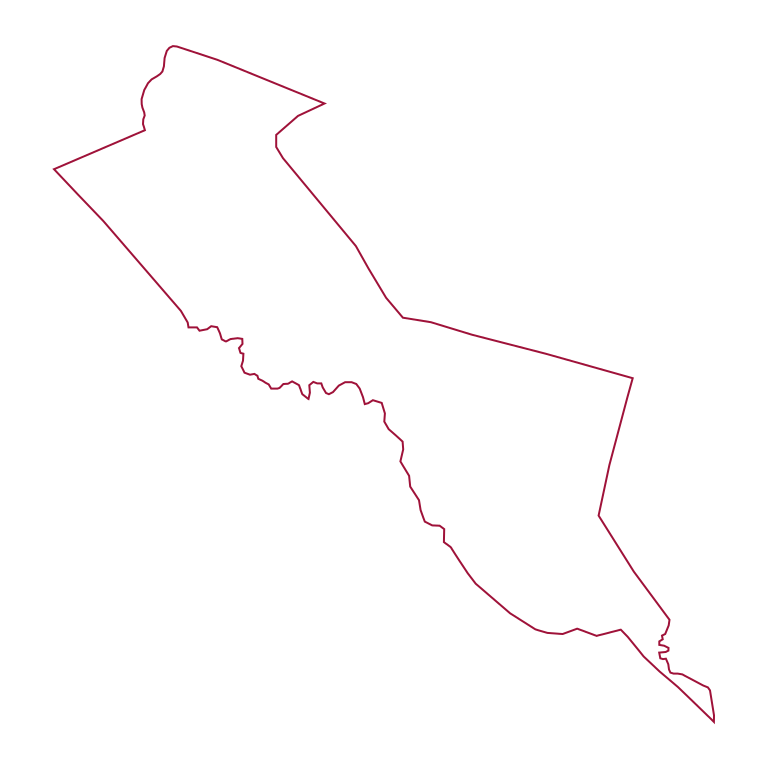 the district of Ar Rahad, Gedarif, Sudan
{"feature_id": "16777658B55257137653826", "entity_name": "Ar Rahad", "entity_type": "district", "adm_level": 2, "iso_a3": "SDN", "parent_name": "Sudan", "parent_adm1": "Gedarif", "projection": "mercator", "projection_center": [34.809, 13.193], "detail": "fine", "context": "isolated", "style": "outline", "palette": "rose", "viewbox_px": 768, "rotation_deg": 0, "n_neighbors": 0, "source": "geoboundaries", "source_scale": "gbopen_adm2", "svg_char_len": 3830}
<svg xmlns="http://www.w3.org/2000/svg" viewBox="0 0 768 768"><path d="M713.9,721.9L714.0,715.3L710.0,690.4L707.9,687.4L703.2,685.5L684.7,675.7L682.4,674.4L677.7,673.6L673.6,673.6L670.4,672.6L669.0,669.5L668.3,664.3L665.9,658.7L663.0,659.1L660.3,658.3L659.2,652.6L665.7,652.0L668.4,650.6L668.5,647.9L664.1,645.7L659.3,644.9L659.3,641.4L662.7,639.3L662.0,635.6L665.2,634.0L668.7,625.4L669.5,619.8L633.8,571.6L598.6,515.6L609.4,465.0L627.4,397.3L632.7,378.2L545.6,353.7L471.9,334.7L447.0,327.1L430.9,322.2L402.9,317.7L386.1,297.8L368.5,268.5L355.9,246.1L283.0,158.2L276.2,147.0L276.2,134.9L298.0,115.9L324.5,103.5L217.3,59.8L176.9,46.5L172.9,46.1L169.4,47.8L166.8,50.9L164.6,58.0L163.9,66.4L162.4,71.5L160.2,74.0L156.9,76.3L151.6,79.4L148.0,83.2L145.9,87.1L144.3,89.9L141.6,99.1L141.7,104.1L142.4,107.6L144.2,112.4L144.7,115.5L143.3,119.3L143.0,124.1L143.9,126.8L144.9,130.2L54.0,169.2L78.0,194.6L103.3,221.0L180.9,310.9L187.7,322.5L188.5,327.4L197.0,327.4L199.2,330.3L199.5,330.7L201.6,330.3L207.2,329.2L211.2,326.2L217.2,327.2L219.0,331.1L220.0,333.4L221.2,337.5L221.8,339.4L223.4,340.2L225.4,341.3L226.1,341.4L226.7,341.1L227.7,340.6L227.9,340.5L228.2,340.3L228.5,340.1L229.7,339.5L230.3,339.2L230.6,339.1L230.8,339.0L231.3,339.0L232.4,338.8L233.7,338.7L234.2,338.6L236.0,338.4L236.7,338.3L236.9,338.3L237.2,338.2L237.7,338.2L237.9,338.2L238.3,338.3L238.6,338.3L239.9,338.5L241.7,338.8L242.1,338.8L242.3,338.9L242.3,340.3L242.4,340.8L242.4,341.5L242.4,342.0L242.5,343.9L239.0,348.1L239.1,348.3L240.1,351.8L240.3,352.3L240.4,352.6L240.5,352.9L241.1,353.1L242.2,353.4L243.1,353.6L243.4,353.7L243.0,360.7L241.3,366.2L241.6,366.8L243.2,370.0L244.5,372.7L250.0,374.7L254.4,373.9L256.7,375.4L257.4,375.7L258.3,378.8L261.1,380.1L262.4,380.7L264.3,381.9L264.7,382.2L265.3,382.6L266.0,383.0L268.7,384.4L270.3,387.1L271.2,388.6L271.4,388.6L271.8,388.6L274.9,388.6L275.4,388.6L275.6,388.6L276.7,388.6L277.1,388.6L277.5,388.6L278.7,388.2L279.1,388.1L279.3,388.0L279.7,387.8L280.0,387.5L280.6,386.8L280.8,386.7L281.3,386.2L282.4,385.0L282.9,384.5L283.4,384.0L284.3,384.0L284.8,383.9L285.4,383.9L285.7,383.9L286.6,383.8L287.0,383.8L287.3,383.8L287.6,383.8L288.0,383.7L288.7,383.4L289.2,383.1L289.6,382.8L289.7,382.7L290.5,382.3L291.2,381.9L291.4,381.8L291.6,381.7L291.8,381.6L292.1,381.4L292.7,381.7L292.8,381.8L293.0,381.9L293.8,382.3L294.1,382.5L294.7,382.8L298.2,384.7L299.1,385.3L299.2,385.7L300.2,388.5L300.4,388.8L301.0,390.7L302.0,393.4L302.4,394.3L302.7,394.5L303.1,394.8L308.0,398.7L308.3,398.9L308.5,399.0L309.9,392.7L309.3,385.2L313.3,381.9L317.2,383.4L321.3,383.4L322.7,387.4L326.0,393.0L328.9,394.2L333.0,392.1L338.8,385.6L345.1,382.2L351.6,382.2L356.3,384.0L359.7,388.6L363.0,397.2L364.8,404.1L368.2,403.2L372.9,400.2L381.7,402.9L384.9,413.4L384.3,421.6L388.7,429.2L395.6,435.2L402.6,441.6L403.2,449.4L400.4,461.4L402.9,465.6L409.1,475.8L410.2,486.6L419.0,500.2L420.6,510.1L423.4,517.9L424.8,521.6L432.2,525.4L439.6,525.7L444.2,529.1L443.9,542.1L444.3,542.4L444.7,542.7L445.6,543.4L446.6,544.1L447.1,544.4L448.0,545.1L449.2,546.0L449.7,546.4L450.1,546.6L450.4,546.9L450.6,547.1L450.9,547.4L451.4,548.1L451.5,548.4L455.0,553.9L459.6,561.0L463.8,567.3L467.7,573.2L475.7,583.7L510.1,613.3L535.3,629.3L538.4,630.3L547.4,632.9L558.1,633.7L559.2,633.8L562.7,634.0L575.5,629.3L577.1,628.7L577.6,628.8L579.4,629.5L580.8,630.0L581.3,630.2L582.5,630.6L585.7,631.8L586.0,632.0L586.5,632.1L587.8,632.6L593.2,634.6L594.7,635.2L595.1,635.3L595.4,635.4L595.9,635.6L596.2,635.7L596.6,635.9L597.6,635.6L598.6,635.3L602.4,634.4L607.1,633.2L609.4,632.6L610.4,632.3L617.6,630.5L618.6,630.2L619.2,630.1L620.1,629.8L620.8,629.7L621.1,630.0L621.3,630.2L621.8,630.7L624.5,633.5L627.7,636.8L639.1,650.8L643.5,656.3L644.2,657.0L659.6,671.5L677.9,687.0L694.5,703.0L707.7,715.8L709.1,717.1L713.9,721.9Z" fill="none" stroke="#9f1239" stroke-width="2"/></svg>